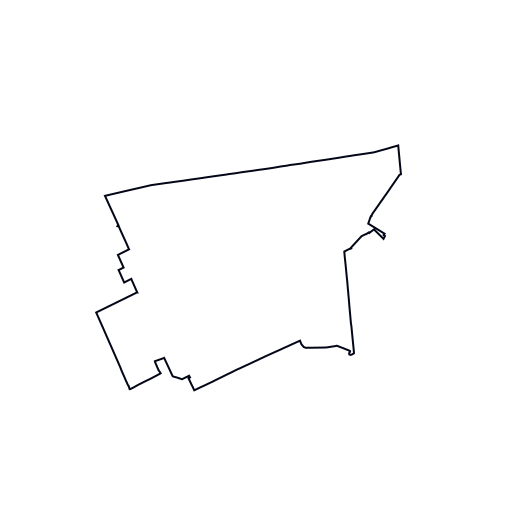 Cerchezu, Constanta, Romania, rotated 145°
{"feature_id": "2599482B21562534205854", "entity_name": "Cerchezu", "entity_type": "district", "adm_level": 2, "iso_a3": "ROU", "parent_name": "Romania", "parent_adm1": "Constanta", "projection": "natural_earth1", "projection_center": [28.101, 43.844], "detail": "fine", "context": "isolated", "style": "outline", "palette": "ink", "viewbox_px": 512, "rotation_deg": 145, "n_neighbors": 0, "source": "geoboundaries", "source_scale": "gbopen_adm2", "svg_char_len": 3550}
<svg xmlns="http://www.w3.org/2000/svg" viewBox="0 0 512 512"><g transform="rotate(145 256 256)"><path d="M76.1,265.0L77.1,265.3L83.3,267.5L83.8,267.6L86.8,268.6L92.6,270.7L99.8,273.2L105.3,275.9L112.1,279.3L119.4,283.0L119.7,283.1L125.1,285.8L130.8,288.5L137.5,291.8L144.0,295.0L149.1,297.6L156.2,301.2L161.4,303.7L167.0,306.3L175.9,311.0L179.1,312.4L184.3,315.1L190.8,318.1L192.2,318.8L198.4,321.9L205.5,325.6L210.4,328.0L214.0,329.9L220.0,333.0L224.2,335.0L228.3,337.1L231.3,338.7L234.1,340.0L239.5,342.8L244.4,345.3L250.1,348.2L253.3,349.8L255.2,350.7L257.7,352.0L260.9,353.6L262.2,354.3L266.1,356.3L272.0,359.2L280.3,363.5L284.5,365.6L287.9,367.4L293.6,370.3L301.3,374.2L307.0,376.5L312.5,378.7L316.6,380.4L318.1,381.0L325.0,383.8L332.0,386.6L345.2,391.9L347.7,378.3L348.2,375.5L351.0,360.4L351.4,360.5L351.6,360.4L351.7,360.0L352.3,359.8L351.4,358.9L352.2,355.1L353.5,348.2L354.8,341.2L356.2,334.3L368.5,336.1L371.1,322.5L376.6,323.3L376.6,323.2L379.2,309.9L371.3,308.8L371.4,308.4L371.9,305.9L374.2,294.3L374.3,294.4L419.3,301.4L422.0,287.7L424.8,273.7L429.4,250.7L430.9,243.3L431.3,241.4L431.8,239.5L432.3,237.2L432.8,234.6L433.3,232.1L434.2,227.8L434.2,227.5L434.8,224.6L434.9,223.9L435.0,223.0L434.8,222.8L434.8,222.6L434.9,222.3L435.1,221.8L435.3,221.2L435.7,220.0L435.8,219.7L435.9,219.4L435.5,219.1L433.8,218.9L432.2,218.6L429.1,218.3L426.2,218.0L423.4,217.6L419.9,217.1L416.0,216.5L413.9,216.1L407.6,215.3L401.8,214.6L401.4,214.6L401.3,216.5L401.3,218.5L400.4,222.8L399.5,227.1L399.2,227.8L394.5,226.5L390.6,225.4L389.8,225.2L389.7,225.2L392.0,212.1L393.2,205.6L392.9,204.7L390.9,202.3L390.3,201.6L388.7,199.4L387.3,197.5L386.8,197.4L382.6,196.8L381.1,196.5L379.5,196.3L379.6,195.5L379.6,195.4L379.7,194.4L381.4,194.5L382.5,188.1L382.9,185.3L383.6,181.4L380.6,180.9L376.8,180.3L374.8,179.9L371.4,179.3L368.9,178.9L367.2,178.6L365.4,178.3L364.4,178.1L360.1,177.5L353.1,176.4L349.8,175.9L346.6,175.4L343.1,174.8L339.4,174.3L336.3,173.8L336.2,173.8L335.2,173.6L334.4,173.4L331.6,172.9L328.8,172.4L326.9,172.1L325.0,171.7L319.7,170.8L314.6,169.9L311.6,169.4L309.7,169.1L308.4,168.8L308.2,168.8L307.7,168.7L306.9,168.6L305.8,168.4L298.9,167.1L292.6,165.9L291.2,165.6L288.9,165.2L286.0,164.7L283.5,164.2L281.4,163.8L279.8,163.5L278.0,163.2L268.5,161.4L269.4,157.9L269.1,154.1L267.9,152.3L264.3,149.8L252.5,141.8L250.6,140.6L244.9,137.8L242.9,136.8L241.2,136.1L240.3,134.7L238.6,132.2L236.6,129.2L235.3,127.2L234.2,125.6L233.8,124.8L233.5,124.1L234.0,123.6L234.6,123.5L235.6,122.8L235.9,122.2L236.0,121.7L235.1,120.6L234.3,120.4L233.0,120.2L231.6,120.1L231.4,120.3L228.7,125.0L225.8,130.2L222.3,136.4L221.4,138.0L218.1,143.8L217.7,144.7L217.5,145.1L216.8,146.5L213.0,153.1L210.6,157.3L207.9,162.0L206.3,164.7L205.7,165.8L204.8,167.3L203.9,168.9L203.3,169.9L202.7,171.0L202.1,172.0L200.8,174.2L200.3,175.1L199.6,176.4L198.2,178.8L196.5,181.7L194.3,185.6L194.0,186.2L188.0,196.8L183.9,204.2L181.2,208.9L181.1,209.0L178.9,208.7L177.4,208.5L175.9,208.3L175.0,208.0L174.4,207.7L174.2,207.7L174.4,208.0L174.5,208.1L165.0,210.2L158.1,211.7L153.7,211.0L153.4,210.7L152.4,210.7L150.0,210.6L150.0,209.9L144.1,210.1L141.7,196.9L138.9,198.4L139.4,200.0L137.9,200.5L141.6,209.2L145.4,217.9L145.5,218.1L140.6,221.7L139.2,222.6L139.1,222.4L138.9,222.3L138.7,222.3L137.6,223.1L136.8,223.6L136.4,223.9L136.0,224.0L131.8,225.5L126.0,227.6L122.0,229.1L121.3,229.3L117.7,230.6L116.8,231.0L113.8,232.0L110.3,233.3L108.9,233.8L105.8,235.0L102.8,236.1L91.5,240.3L91.6,240.2L90.4,239.8L85.1,249.2L76.1,265.0Z" fill="none" stroke="#020617" stroke-width="2"/></g></svg>